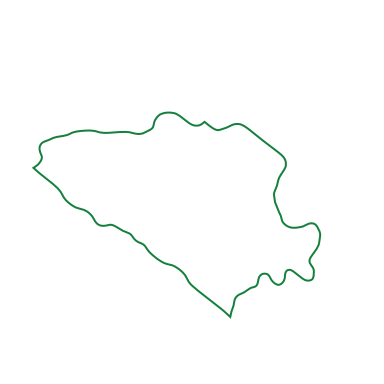 Villa Gonzalez, Santiago, Dominican Republic (Robinson projection), rotated 308°
{"feature_id": "3306468B91060644356542", "entity_name": "Villa Gonzalez", "entity_type": "district", "adm_level": 2, "iso_a3": "DOM", "parent_name": "Dominican Republic", "parent_adm1": "Santiago", "projection": "robinson", "projection_center": [-70.779, 19.554], "detail": "fine", "context": "isolated", "style": "outline", "palette": "green", "viewbox_px": 384, "rotation_deg": 308, "n_neighbors": 0, "source": "geoboundaries", "source_scale": "gbopen_adm2", "svg_char_len": 2993}
<svg xmlns="http://www.w3.org/2000/svg" viewBox="0 0 384 384"><g transform="rotate(308 192 192)"><path d="M113.4,52.2L112.9,59.9L112.7,77.4L112.3,83.6L111.4,88.0L108.6,94.8L107.9,97.7L107.6,100.7L107.6,105.2L108.2,109.7L109.1,112.2L111.4,117.9L112.1,121.8L112.0,124.5L111.7,127.1L111.0,129.5L109.2,133.8L108.7,136.1L108.6,137.4L109.0,139.9L110.0,142.0L112.1,144.5L115.3,147.2L116.1,148.0L117.2,150.2L117.8,152.9L118.9,161.4L120.8,168.2L120.8,170.4L119.4,175.5L119.2,177.9L119.4,180.3L120.5,184.4L120.7,186.5L120.4,188.6L119.0,192.9L118.4,195.6L118.0,200.0L117.9,206.0L118.3,210.5L118.8,213.4L119.6,216.0L122.1,221.6L122.8,224.5L123.2,229.0L123.0,233.5L122.5,236.5L121.7,239.1L119.2,244.7L118.5,247.6L118.2,250.6L117.9,258.4L117.9,286.9L117.7,291.7L117.1,299.1L122.1,296.7L128.0,294.7L133.0,292.1L135.3,291.5L136.5,291.5L137.7,291.6L139.9,292.2L144.9,294.8L151.5,296.9L153.3,297.8L155.4,299.5L157.1,300.3L158.1,300.4L160.1,300.1L164.6,297.9L166.6,297.2L168.9,297.3L170.0,297.6L171.0,298.1L172.5,299.6L173.5,301.5L173.7,302.6L173.4,304.6L171.7,308.4L171.1,310.7L170.9,313.0L171.0,314.2L171.6,316.5L172.3,317.6L173.3,318.3L174.3,318.8L176.5,319.2L178.7,319.0L180.9,318.3L184.4,316.1L186.1,315.3L188.2,315.1L189.2,315.4L190.1,316.1L190.9,317.0L191.4,318.1L191.8,320.6L191.8,331.9L192.1,334.7L192.5,336.0L193.0,337.1L194.4,339.0L196.3,340.2L197.4,340.5L198.5,340.4L200.4,339.7L203.7,337.5L205.3,336.2L206.6,334.4L207.9,330.4L208.7,328.4L209.4,327.6L210.3,326.8L211.3,326.3L213.6,325.7L224.3,325.2L228.2,324.4L230.4,323.4L236.3,320.0L238.1,318.6L239.5,316.7L241.8,311.9L242.3,309.8L242.3,308.6L242.1,307.5L241.0,305.5L239.5,304.0L237.6,302.8L233.3,300.7L231.2,299.1L228.2,296.3L225.6,293.1L224.4,290.6L224.0,289.3L223.6,286.7L223.7,284.1L223.9,282.9L224.7,280.8L227.8,276.8L229.9,272.7L235.1,263.7L240.6,258.0L242.5,257.0L249.2,255.1L254.4,252.7L256.8,251.9L259.5,251.5L266.3,250.9L269.0,250.4L270.2,249.9L272.2,248.5L273.9,246.8L274.6,245.7L275.7,243.2L276.2,240.4L276.4,235.9L276.2,217.2L276.4,197.0L276.1,192.5L275.5,189.6L275.0,188.2L273.7,186.0L271.2,183.4L269.2,182.2L264.0,179.6L258.4,175.9L256.7,174.4L256.1,173.2L255.6,172.0L255.1,169.3L254.9,164.8L255.0,158.7L251.5,157.9L249.4,156.9L248.4,156.2L246.8,154.4L245.5,152.2L244.8,149.6L244.5,146.9L244.4,135.7L243.9,131.6L243.5,130.2L242.4,127.9L241.0,125.7L239.4,123.7L237.6,121.9L235.7,120.4L233.6,119.2L232.3,118.8L229.8,118.4L226.2,118.6L223.9,119.2L220.1,121.0L219.1,121.3L218.1,121.4L217.1,121.3L215.2,120.7L210.2,118.3L208.0,117.2L207.1,116.5L205.3,114.8L203.9,112.8L202.7,110.6L200.6,105.9L198.4,102.6L195.0,98.4L186.8,89.3L184.3,86.1L182.3,82.8L180.8,79.1L179.6,76.8L177.4,73.4L174.8,70.3L172.0,67.2L169.1,64.3L167.1,62.6L165.0,61.1L161.7,59.5L159.6,58.2L156.8,55.9L152.2,51.6L149.2,49.4L144.8,47.1L141.0,44.7L138.9,43.8L137.7,43.5L135.3,43.7L134.1,44.0L132.2,45.2L131.4,46.0L130.0,47.7L127.8,51.4L127.1,52.2L126.2,52.8L125.2,53.3L122.9,53.8L119.3,53.8L116.8,53.3L113.4,52.2Z" fill="none" stroke="#15803d" stroke-width="2"/></g></svg>